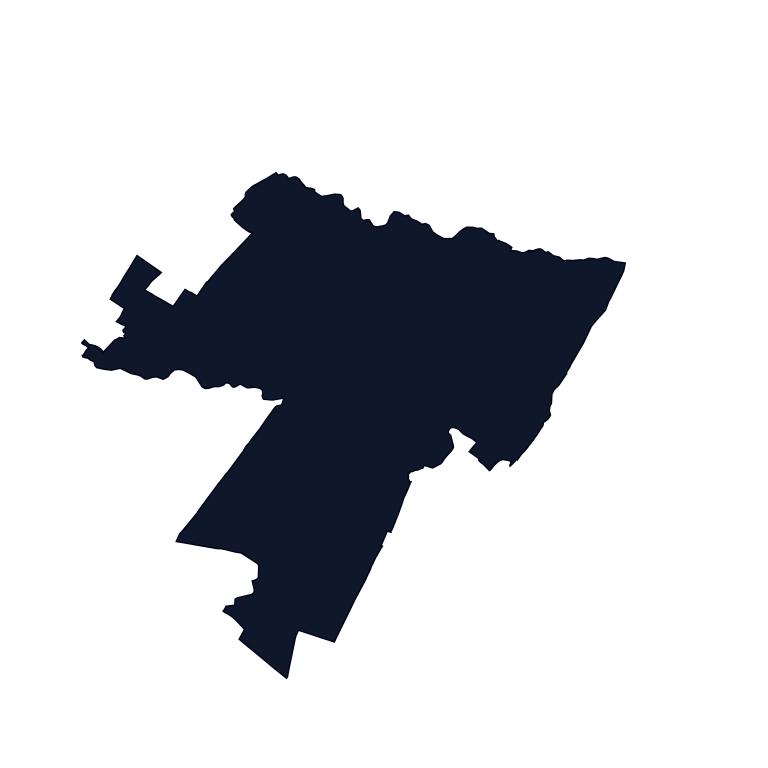 outline of Bucsani, Dâmbovita, Romania, rotated 338°
{"feature_id": "2599482B69669655594172", "entity_name": "Bucsani", "entity_type": "district", "adm_level": 2, "iso_a3": "ROU", "parent_name": "Romania", "parent_adm1": "Dâmbovita", "projection": "natural_earth1", "projection_center": [25.633, 44.864], "detail": "fine", "context": "isolated", "style": "filled", "palette": "ink", "viewbox_px": 768, "rotation_deg": 338, "n_neighbors": 0, "source": "geoboundaries", "source_scale": "gbopen_adm2", "svg_char_len": 6159}
<svg xmlns="http://www.w3.org/2000/svg" viewBox="0 0 768 768"><g transform="rotate(338 384 384)"><path d="M183.4,620.3L185.0,619.1L185.5,618.2L189.1,612.6L206.5,586.4L207.3,585.3L212.4,580.2L241.3,604.6L244.5,601.5L266.7,581.7L266.8,581.6L275.8,573.4L291.0,560.7L292.7,559.3L296.9,555.3L299.3,553.1L299.9,552.7L303.1,549.5L303.6,548.8L311.0,542.0L320.6,534.5L321.4,534.1L321.8,533.8L320.7,532.8L332.1,521.5L334.0,523.4L334.9,524.0L335.2,523.1L336.1,522.6L338.3,520.6L349.2,509.1L355.2,502.4L359.6,497.1L364.4,492.7L372.3,484.8L371.5,484.6L371.1,483.9L371.4,483.0L370.8,481.6L371.9,479.3L372.3,477.1L373.2,476.5L374.1,476.3L375.1,475.7L375.7,475.2L378.1,475.9L379.6,475.6L380.7,475.7L383.3,476.4L387.2,476.3L388.5,476.5L390.9,474.5L397.6,480.0L406.4,479.2L408.3,478.5L409.8,477.4L412.7,475.5L415.6,474.0L420.9,471.5L422.5,470.5L423.5,469.8L424.7,468.6L425.1,467.4L426.6,456.4L425.3,453.9L425.3,453.4L425.6,452.6L426.4,451.3L427.4,450.5L428.3,450.0L429.9,449.7L431.1,449.9L432.3,450.5L433.9,451.6L436.3,453.9L438.5,459.5L439.6,461.0L440.3,461.7L442.3,464.3L443.5,465.4L445.6,468.2L447.1,470.9L447.7,472.2L447.8,472.8L447.5,473.4L441.5,476.5L437.7,478.7L443.5,487.8L443.9,489.0L443.4,489.8L443.4,490.9L444.7,493.5L446.1,495.8L449.2,503.3L449.2,503.7L450.0,503.7L450.8,503.4L455.5,500.7L459.9,498.9L462.5,498.4L464.4,498.4L465.3,498.4L466.4,498.8L470.8,501.5L471.9,502.3L472.3,502.8L472.4,503.1L471.9,504.8L470.2,506.6L470.1,507.3L472.0,506.7L479.7,503.3L479.7,504.1L480.3,503.6L481.6,502.9L482.4,502.2L484.0,501.3L485.0,500.6L488.8,499.0L493.2,496.7L495.2,495.3L497.8,494.0L499.8,492.7L500.9,492.2L504.3,489.8L507.1,488.2L512.8,484.0L514.1,483.2L514.8,482.9L514.6,482.4L515.8,481.9L516.3,481.6L516.2,480.7L516.3,480.5L516.7,480.4L517.0,480.0L517.3,479.2L517.7,478.9L518.7,479.2L519.9,478.8L522.7,478.0L525.9,475.9L526.8,475.0L526.8,473.9L527.1,472.8L527.3,470.5L529.2,467.2L532.0,464.6L535.7,456.5L539.5,453.0L545.5,450.7L557.2,442.8L558.0,441.1L561.9,438.4L565.1,435.5L584.4,420.6L597.7,408.3L603.9,404.9L617.1,398.4L623.2,391.7L627.0,388.6L637.8,378.8L645.1,372.3L648.6,368.9L653.0,362.2L646.2,358.3L643.6,356.9L638.6,351.0L636.2,349.5L628.1,348.2L624.8,346.0L620.8,344.1L615.7,344.0L612.1,342.2L605.6,340.4L600.0,337.8L597.0,337.5L594.9,333.7L594.2,332.2L589.1,328.5L585.7,322.9L583.0,322.6L580.8,318.5L579.3,317.2L577.5,316.6L571.8,316.3L568.5,314.4L564.0,314.8L561.1,314.1L557.0,310.5L551.6,307.8L552.4,306.3L553.6,305.3L552.6,303.5L550.2,300.0L545.8,295.7L544.7,295.0L544.3,293.9L542.4,294.2L542.2,291.5L541.3,289.0L542.0,285.9L538.0,283.8L532.9,276.2L528.2,274.4L525.6,272.3L519.4,269.6L515.5,270.1L511.2,271.2L505.1,273.8L501.7,274.7L493.9,271.6L488.7,265.3L486.2,261.2L485.3,253.8L482.6,250.8L479.0,250.2L475.8,245.6L471.0,240.9L469.9,236.6L466.2,235.9L462.2,230.4L458.0,228.0L452.7,230.7L448.0,235.8L445.6,237.2L442.2,237.0L436.0,235.6L433.1,233.4L431.9,226.4L429.5,225.2L426.2,224.8L424.6,222.0L426.9,213.9L426.0,211.1L420.9,211.6L417.8,211.4L415.9,207.7L413.5,203.7L413.9,200.6L415.6,196.4L415.5,194.5L414.7,192.2L409.4,189.5L401.2,188.0L396.2,186.6L393.2,182.4L391.7,179.7L392.4,177.6L390.2,175.6L386.7,173.6L385.0,172.4L384.4,170.0L382.5,164.8L382.3,162.6L381.0,160.3L379.6,158.9L377.0,158.0L374.7,158.1L372.9,157.7L372.2,156.8L371.5,154.0L369.8,151.9L368.4,151.1L363.8,150.8L363.8,149.4L363.1,148.2L363.0,147.7L353.5,149.3L336.3,151.4L332.3,152.8L327.8,154.7L326.8,155.7L326.3,156.5L325.6,158.6L323.9,159.7L321.1,161.0L313.3,163.8L310.2,165.2L310.4,166.8L309.6,168.4L307.1,169.0L305.7,170.1L306.0,172.2L307.2,174.4L306.7,175.7L311.3,185.3L314.5,190.4L316.2,192.7L318.8,194.4L313.0,197.3L306.4,200.3L287.2,209.0L277.7,213.1L269.0,217.8L265.6,219.5L259.1,223.1L258.1,223.0L257.5,223.2L245.8,231.0L244.5,231.8L243.9,232.1L243.3,232.0L242.8,231.5L239.6,227.0L237.6,225.5L236.4,223.8L235.5,222.2L234.9,221.8L234.6,222.0L217.6,233.1L214.2,228.9L212.6,226.7L209.0,222.1L204.7,216.9L203.3,215.0L202.7,213.9L197.1,207.1L200.8,205.3L207.0,201.6L211.1,200.2L213.9,199.1L215.9,198.6L219.3,197.2L203.1,172.4L193.2,179.9L183.8,186.7L177.5,191.6L173.6,194.3L169.7,196.6L165.4,199.6L165.2,199.8L165.2,200.1L162.0,202.7L171.5,216.6L164.8,222.9L159.3,225.9L163.8,231.2L166.3,232.9L164.6,235.4L163.6,235.6L162.5,236.1L161.9,236.8L162.0,238.0L162.2,239.0L163.0,238.9L163.4,239.5L163.4,240.2L162.8,240.9L161.8,241.5L160.9,241.9L161.7,244.9L156.0,241.8L153.8,242.3L150.7,242.4L135.5,249.4L134.8,246.4L134.1,244.9L133.1,243.4L130.7,240.5L126.5,237.5L125.9,237.4L125.4,236.8L122.7,230.9L119.2,232.6L119.2,233.1L120.1,234.5L122.2,237.0L123.9,240.0L123.0,240.0L120.4,241.2L117.4,243.7L115.2,244.8L115.0,244.7L115.1,246.2L116.6,247.6L118.9,248.8L121.1,252.3L123.5,254.5L122.9,258.6L123.8,261.2L130.1,265.5L136.4,269.0L145.4,270.6L153.4,279.5L159.2,283.4L161.8,285.9L164.0,289.6L166.4,290.8L172.0,291.0L176.1,292.3L181.0,296.9L186.4,296.3L189.5,294.3L194.6,292.4L198.6,293.3L202.6,295.4L206.8,300.1L211.8,306.5L212.4,308.1L214.3,318.6L216.6,321.2L220.0,322.3L225.3,322.7L230.1,324.6L233.6,324.8L235.6,324.6L237.6,323.6L239.3,324.4L241.2,325.9L242.3,329.6L243.1,330.5L245.3,330.9L247.8,330.5L249.8,330.2L251.3,330.8L252.3,331.4L252.2,332.1L255.7,336.2L258.2,337.2L262.1,338.2L264.5,339.5L266.9,341.2L268.8,343.5L268.4,347.1L266.6,349.4L266.3,351.2L266.6,352.9L274.4,357.0L284.5,359.2L285.6,360.1L281.1,365.1L276.2,364.2L273.9,365.0L261.6,372.7L252.0,379.1L240.2,385.9L240.4,386.1L239.0,386.8L235.3,388.9L232.7,390.1L228.3,393.6L224.9,395.7L207.6,406.3L205.6,407.5L204.2,408.0L193.7,414.3L193.6,414.1L188.5,417.3L177.4,424.0L173.7,426.3L163.7,432.5L163.1,433.2L157.6,436.3L141.9,444.8L140.7,445.4L138.7,446.2L136.1,448.6L132.4,452.2L167.2,473.8L169.5,475.0L170.7,475.3L175.0,478.1L182.4,483.5L188.0,487.0L188.6,487.6L196.4,498.6L198.8,502.2L200.1,504.5L198.7,508.1L195.4,515.6L194.7,516.6L193.9,517.0L191.9,517.6L188.1,517.2L186.8,525.2L186.4,526.7L185.8,528.0L184.2,529.1L182.5,529.6L168.4,527.4L165.4,527.7L162.8,533.2L154.2,530.9L153.6,531.6L152.4,532.6L151.1,533.6L149.8,534.3L150.9,536.3L152.1,537.5L155.0,541.3L158.1,546.8L162.6,559.0L162.5,559.5L154.1,566.4L159.5,576.5L168.4,592.8L174.3,603.9L183.4,620.3Z" fill="#0f172a" stroke="#020617" stroke-width="1.5"/></g></svg>